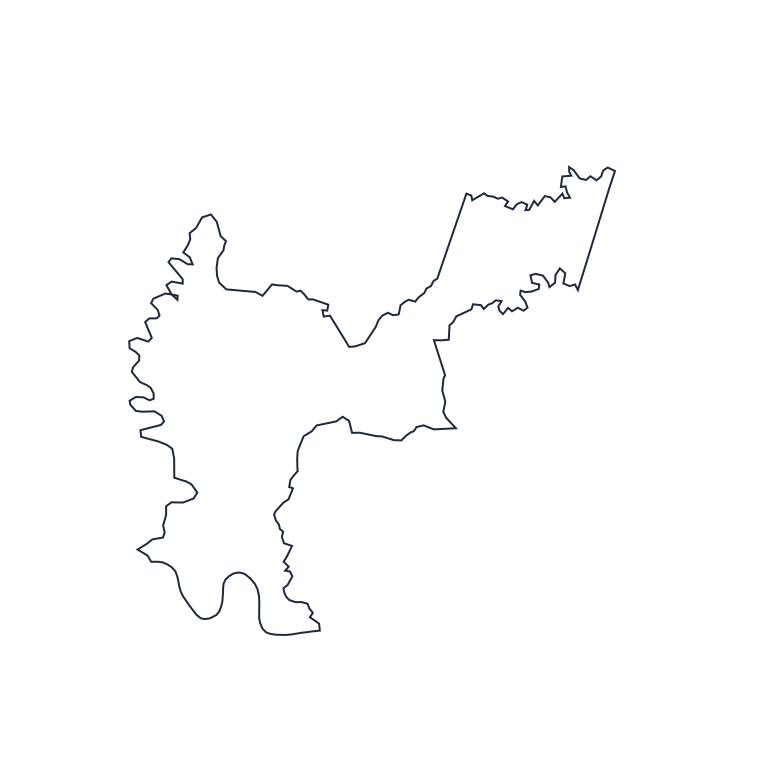 Nonoai, Rio Grande do Sul, Brazil (orthographic projection), rotated 162°
{"feature_id": "56859067B21998969207293", "entity_name": "Nonoai", "entity_type": "district", "adm_level": 2, "iso_a3": "BRA", "parent_name": "Brazil", "parent_adm1": "Rio Grande do Sul", "projection": "orthographic", "projection_center": [-52.863, -27.353], "detail": "fine", "context": "isolated", "style": "outline", "palette": "slate", "viewbox_px": 768, "rotation_deg": 162, "n_neighbors": 0, "source": "geoboundaries", "source_scale": "gbopen_adm2", "svg_char_len": 4126}
<svg xmlns="http://www.w3.org/2000/svg" viewBox="0 0 768 768"><g transform="rotate(162 384 384)"><path d="M539.4,172.9L534.0,171.8L529.4,171.0L521.2,169.3L519.8,176.2L523.0,180.5L526.6,185.0L522.4,188.3L524.4,193.6L524.6,198.6L529.8,202.1L535.7,203.9L540.9,207.9L542.7,211.7L543.3,216.4L542.7,220.9L537.7,222.7L530.6,229.4L531.4,234.8L535.7,237.0L531.1,239.7L534.3,246.0L529.4,250.2L521.5,258.4L528.4,263.5L528.4,270.1L525.6,274.7L527.8,278.3L527.4,282.6L529.0,287.6L528.8,294.0L526.1,296.7L522.3,298.8L516.6,302.1L510.4,303.9L502.8,312.9L506.0,315.4L502.6,321.7L497.8,325.0L493.0,327.9L492.0,332.0L489.7,339.6L486.9,346.7L483.8,350.6L476.5,359.2L467.4,361.3L460.9,365.4L441.0,363.2L433.4,365.6L428.6,359.6L429.5,347.4L422.2,345.2L407.6,336.9L402.0,334.7L391.9,327.5L384.9,325.0L380.2,327.5L374.0,329.7L370.2,329.9L366.4,333.0L359.1,332.4L350.5,325.4L329.3,319.7L335.4,332.9L336.2,339.3L331.1,348.3L330.6,359.8L325.8,370.6L323.2,373.5L323.0,410.3L315.9,407.8L308.7,406.1L303.5,419.7L299.3,421.3L294.3,426.0L277.8,428.0L274.7,432.3L267.4,429.0L265.9,424.5L260.3,427.2L256.1,427.4L251.8,429.0L246.6,426.5L251.4,422.3L251.5,418.0L249.3,413.7L242.4,418.0L239.8,413.6L233.2,415.2L228.6,410.6L223.9,412.2L224.2,418.9L227.0,426.8L225.2,430.6L221.2,427.7L214.9,426.3L207.5,426.6L205.6,430.6L211.9,434.4L211.1,442.1L205.7,441.9L199.3,437.9L196.5,429.5L196.7,425.0L190.0,427.5L187.2,434.7L181.0,439.6L177.4,433.2L182.3,424.2L177.1,419.7L171.6,419.7L170.6,413.4L148.9,444.1L109.4,500.4L98.5,515.2L104.3,520.7L109.5,519.4L113.4,514.2L119.0,512.1L123.5,517.8L128.6,515.6L134.2,518.8L137.7,529.0L140.9,533.1L142.3,528.6L141.5,524.2L150.3,526.3L154.9,516.7L150.3,515.9L150.7,509.5L149.5,503.7L155.2,505.0L155.5,509.9L165.3,504.5L168.0,510.1L172.9,513.0L178.8,509.0L182.5,506.3L184.7,511.8L192.0,504.8L195.7,505.6L192.3,510.3L197.1,514.5L202.2,513.9L207.4,510.3L214.0,515.9L209.6,519.2L214.0,524.8L218.6,525.1L222.2,528.5L227.4,530.8L229.9,534.4L243.3,531.5L242.7,536.2L246.8,539.6L300.8,467.7L305.0,466.7L309.1,462.6L314.1,461.7L317.5,458.1L324.7,455.6L328.8,452.7L334.6,456.5L338.4,455.8L343.9,453.8L346.0,450.0L348.6,445.6L354.1,446.6L358.1,450.5L364.3,449.6L369.5,446.4L374.3,440.8L389.4,428.7L400.0,428.7L405.7,430.1L407.6,438.3L414.3,465.7L420.5,466.8L419.7,473.3L415.3,471.3L412.5,476.7L425.4,486.4L429.9,487.9L432.2,494.0L434.6,498.6L438.6,498.9L445.5,507.2L455.2,511.0L459.7,513.3L472.3,505.4L477.9,511.3L504.7,522.7L509.5,531.4L509.3,538.7L507.3,546.3L503.1,555.0L495.3,560.8L493.5,564.5L490.1,568.7L493.7,575.2L492.9,589.8L496.2,598.7L505.5,598.7L514.5,590.5L522.2,587.5L523.6,581.4L527.2,577.1L534.2,571.1L529.6,564.6L529.0,556.9L533.7,558.6L540.1,566.0L547.3,569.2L551.3,566.5L543.1,545.9L544.4,541.7L554.3,547.0L560.4,545.3L558.3,534.8L564.1,537.6L577.0,536.4L580.5,532.9L576.3,524.3L576.4,518.4L579.8,516.7L587.0,518.9L592.0,516.7L590.6,499.6L595.2,497.2L604.5,504.1L613.1,503.5L614.9,496.5L610.4,491.4L607.9,486.8L609.7,481.9L617.4,477.5L620.1,473.6L615.5,461.3L609.6,455.9L607.1,452.4L606.0,446.1L607.7,441.1L611.9,440.9L617.1,445.8L624.1,448.3L631.1,446.7L631.7,442.7L628.3,435.1L622.9,432.5L610.7,428.9L605.2,422.3L604.8,416.4L608.7,414.0L629.9,415.3L631.3,408.8L616.4,399.1L609.4,393.3L605.4,387.9L606.6,378.0L612.4,359.7L605.9,355.0L602.3,352.5L598.2,348.2L595.1,338.5L600.4,333.9L611.9,333.4L622.8,337.2L629.0,335.0L631.8,326.5L637.7,317.9L638.5,310.6L641.6,306.3L652.4,307.8L658.6,305.4L669.5,302.7L661.9,293.9L660.3,286.8L653.8,284.8L649.6,282.7L646.2,279.8L642.6,275.5L640.3,270.4L640.1,264.5L640.5,260.3L641.2,255.1L641.5,249.5L640.7,244.1L639.2,239.1L637.5,233.3L635.8,228.4L633.7,222.6L630.7,217.9L627.5,215.9L621.8,214.9L614.6,216.2L611.1,218.5L607.8,222.5L605.2,226.6L603.4,230.8L601.5,235.5L600.1,239.6L598.3,243.6L595.2,247.0L591.0,249.0L586.1,250.3L581.5,249.9L578.1,248.5L575.0,246.1L571.3,240.6L568.7,234.2L567.7,227.9L568.5,220.5L570.3,214.2L571.7,209.9L573.4,205.0L575.1,199.8L575.7,194.7L575.1,188.5L572.7,184.1L568.9,181.2L564.3,179.0L560.5,177.6L555.3,175.8L549.4,174.4L545.2,173.8L539.4,172.9ZM558.3,534.8L552.9,531.7L554.5,527.9L558.3,534.8Z" fill="none" stroke="#1e293b" stroke-width="2"/></g></svg>